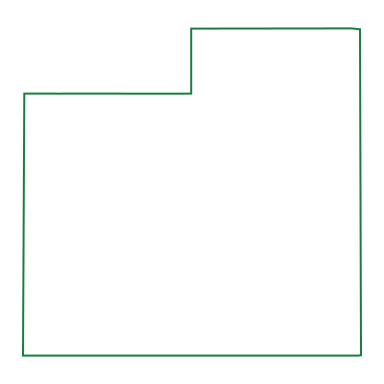 Winkler, Texas, United States of America
{"feature_id": "52423323B34965640211434", "entity_name": "Winkler", "entity_type": "district", "adm_level": 2, "iso_a3": "USA", "parent_name": "United States of America", "parent_adm1": "Texas", "projection": "albers", "projection_center": [-103.096, 31.869], "detail": "fine", "context": "isolated", "style": "outline", "palette": "green", "viewbox_px": 384, "rotation_deg": 0, "n_neighbors": 0, "source": "geoboundaries", "source_scale": "gbopen_adm2", "svg_char_len": 299}
<svg xmlns="http://www.w3.org/2000/svg" viewBox="0 0 384 384"><path d="M191.2,28.6L191.2,93.6L177.5,93.7L175.7,93.7L94.9,93.6L61.8,93.6L61.7,93.7L60.0,93.7L54.8,93.6L24.3,93.6L23.0,355.6L357.8,355.6L361.0,355.3L360.0,29.3L351.6,28.4L191.2,28.6Z" fill="none" stroke="#15803d" stroke-width="2"/></svg>